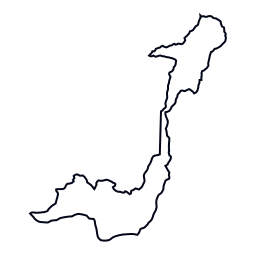 Pirapozinho, São Paulo, Brazil
{"feature_id": "56859067B23767798261790", "entity_name": "Pirapozinho", "entity_type": "district", "adm_level": 2, "iso_a3": "BRA", "parent_name": "Brazil", "parent_adm1": "São Paulo", "projection": "robinson", "projection_center": [-51.607, -22.434], "detail": "fine", "context": "isolated", "style": "outline", "palette": "ink", "viewbox_px": 256, "rotation_deg": 0, "n_neighbors": 0, "source": "geoboundaries", "source_scale": "gbopen_adm2", "svg_char_len": 4479}
<svg xmlns="http://www.w3.org/2000/svg" viewBox="0 0 256 256"><path d="M149.1,55.6L150.6,56.3L152.1,56.2L153.3,55.6L155.5,56.7L157.3,56.3L158.8,55.7L160.6,55.6L162.3,56.2L164.0,56.3L166.1,57.0L167.6,57.2L168.9,57.4L170.4,57.9L172.0,58.2L173.4,58.7L174.9,59.4L176.1,60.5L175.8,62.8L175.5,64.7L174.9,66.0L173.8,67.1L173.6,68.5L173.0,70.1L172.0,71.3L170.7,71.9L169.4,72.6L169.1,74.2L169.8,75.6L170.5,77.0L169.9,78.5L169.5,80.0L169.1,81.5L168.9,82.9L168.5,84.3L168.0,85.6L168.0,87.4L168.1,89.0L167.5,90.8L167.0,92.7L167.1,95.4L167.2,97.6L166.6,99.6L165.9,101.2L165.4,103.7L165.9,106.0L165.6,107.5L163.7,108.9L162.6,110.4L161.0,111.4L159.8,154.4L157.8,155.1L156.1,155.3L154.5,155.7L153.2,156.4L152.0,158.4L151.5,160.2L150.7,162.3L149.7,164.2L148.3,166.3L147.8,168.6L146.8,170.5L144.5,173.6L143.8,175.6L144.2,178.6L144.6,180.5L144.2,182.2L143.3,183.9L142.5,185.8L141.4,187.5L140.2,188.4L138.9,189.5L135.6,188.4L133.6,189.8L131.2,190.9L131.0,193.3L129.8,194.2L127.9,192.8L126.5,191.7L125.1,191.3L124.3,192.5L122.1,192.5L120.3,191.8L119.1,191.8L117.6,191.6L115.6,190.7L113.6,188.8L112.9,187.2L115.1,185.6L115.4,184.1L114.5,183.2L112.9,182.7L111.7,181.7L109.6,180.8L107.7,179.9L105.9,179.8L104.2,180.3L101.9,180.8L100.1,180.7L98.7,180.4L97.3,181.4L96.3,183.1L96.5,184.7L95.6,186.4L95.0,188.0L94.3,189.1L93.2,187.7L92.1,186.3L91.1,185.1L89.9,184.2L88.9,183.4L87.3,182.5L86.7,180.1L86.0,178.9L84.5,176.9L82.8,175.5L80.0,175.7L77.1,174.3L75.3,174.8L73.7,176.0L74.4,178.0L73.0,179.9L73.7,181.3L72.2,182.7L70.4,183.4L69.2,183.6L67.3,183.8L65.9,185.5L65.2,187.3L64.3,188.4L63.0,189.0L61.2,189.1L59.0,189.1L57.3,189.1L56.1,189.5L56.3,190.9L57.6,192.5L58.0,194.4L57.6,196.2L56.9,198.6L55.6,203.5L51.6,206.1L50.0,207.7L48.5,209.2L47.5,211.0L44.4,212.1L43.1,212.2L39.5,212.6L36.6,212.8L33.0,212.4L31.5,212.6L30.1,213.5L33.5,217.1L34.7,218.8L36.9,220.6L38.9,221.6L40.2,222.0L44.2,222.3L46.0,222.4L47.8,222.5L49.4,221.7L51.2,220.7L53.9,220.3L56.4,220.2L58.0,219.4L59.7,218.3L62.3,217.6L65.7,217.0L69.3,216.5L72.0,216.4L73.7,215.4L75.3,214.7L77.6,214.0L78.8,213.9L83.1,214.6L86.6,215.6L89.3,218.6L93.7,219.0L94.7,220.8L94.9,222.3L95.3,225.0L96.4,228.6L97.3,234.7L97.9,237.0L99.0,238.6L100.8,240.2L103.5,240.6L105.9,240.6L108.6,240.2L110.6,239.2L112.2,237.8L113.4,237.1L116.0,236.1L119.6,235.1L123.1,234.5L130.3,234.0L133.7,234.1L137.4,234.8L139.2,232.4L139.7,230.9L140.4,229.1L142.2,228.3L143.8,227.9L145.4,226.7L146.2,225.7L147.5,224.6L148.5,222.8L150.7,220.8L152.0,219.0L152.8,216.9L153.3,215.1L154.3,212.8L155.8,210.2L156.2,208.8L156.6,207.2L156.4,204.2L156.2,202.4L156.5,200.0L157.1,198.1L158.3,195.4L159.2,194.5L160.9,193.3L162.0,192.0L163.3,189.4L163.5,187.1L163.8,185.4L164.4,183.6L165.0,182.1L165.5,180.6L167.4,179.4L169.1,178.8L169.4,177.2L168.9,175.2L169.3,172.5L167.8,170.1L166.4,167.5L165.4,165.9L167.5,164.6L168.5,162.5L169.7,160.8L170.7,158.9L170.9,156.6L169.3,155.1L168.7,152.3L169.2,150.5L168.9,148.7L168.9,146.2L169.0,143.2L169.3,140.9L169.3,138.0L167.1,135.7L166.5,131.0L165.8,128.9L167.2,125.2L167.7,123.4L167.8,121.0L166.8,118.5L165.9,116.2L165.3,113.7L165.4,112.2L167.3,111.8L169.3,110.9L171.0,108.5L171.5,107.0L173.0,105.5L174.6,103.9L175.4,102.7L175.7,101.0L176.0,99.1L177.3,96.8L177.6,94.8L178.5,93.6L179.4,92.7L180.9,90.7L182.5,90.6L185.0,91.1L187.0,90.0L189.2,89.1L190.8,90.1L193.0,91.8L194.1,93.4L196.1,92.4L197.3,90.8L197.7,89.4L198.3,87.5L198.5,84.9L199.2,83.6L199.5,81.8L199.6,80.0L201.5,79.9L201.3,77.9L201.6,76.0L201.7,74.5L201.5,73.1L202.1,71.1L203.7,70.6L205.1,69.4L206.6,68.3L207.6,66.9L208.4,65.7L208.2,63.6L208.6,61.2L209.1,59.4L209.6,56.8L209.9,55.2L210.6,53.4L211.1,51.9L212.4,51.5L213.3,50.6L214.7,48.8L216.2,48.6L217.9,47.8L219.6,46.8L220.9,45.9L221.9,44.7L223.7,43.0L225.2,41.3L225.7,39.3L225.9,37.4L225.2,35.6L225.8,34.3L225.2,32.8L224.3,31.8L224.2,29.5L224.0,27.5L222.2,26.6L221.5,25.1L220.9,23.6L220.7,21.6L219.6,20.6L217.8,19.5L216.0,18.4L214.6,18.3L213.1,17.8L211.9,16.6L210.1,16.0L208.4,16.2L207.2,16.7L205.7,16.9L203.3,16.2L201.5,16.5L200.4,15.4L200.6,17.5L199.7,19.2L198.6,22.0L198.2,24.3L197.2,25.5L195.7,26.3L194.2,28.4L192.9,30.2L191.4,30.9L190.0,31.3L189.2,33.2L187.5,35.3L185.9,36.7L184.5,38.0L185.2,40.3L184.1,42.2L182.7,43.7L181.3,44.2L180.1,43.9L178.4,43.6L176.8,44.3L175.6,44.7L174.4,43.8L172.8,44.5L171.4,45.5L169.9,45.6L167.8,46.8L166.2,47.4L164.5,46.9L162.7,45.8L161.1,46.5L160.2,47.4L158.9,47.8L157.3,48.3L155.8,48.9L155.1,50.5L154.0,51.4L152.4,51.3L151.5,53.1L150.1,54.5L149.1,55.6Z" fill="none" stroke="#020617" stroke-width="2"/></svg>